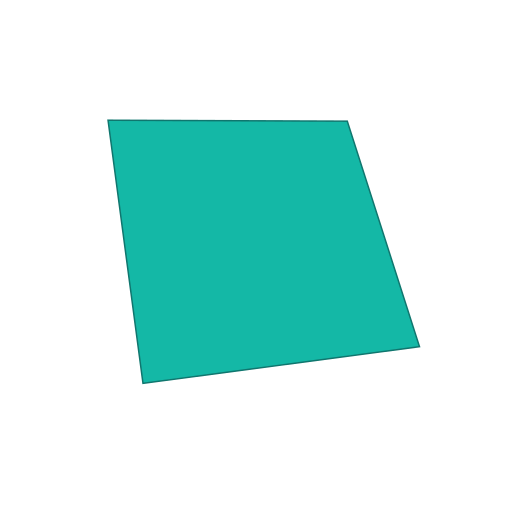 47, Ad Dawhah, Qatar (Albers equal-area conic projection), rotated 199°
{"feature_id": "91078587B84345070687923", "entity_name": "47", "entity_type": "district", "adm_level": 2, "iso_a3": "QAT", "parent_name": "Qatar", "parent_adm1": "Ad Dawhah", "projection": "albers", "projection_center": [51.56, 25.239], "detail": "fine", "context": "isolated", "style": "filled", "palette": "teal", "viewbox_px": 512, "rotation_deg": 199, "n_neighbors": 0, "source": "geoboundaries", "source_scale": "gbopen_adm2", "svg_char_len": 253}
<svg xmlns="http://www.w3.org/2000/svg" viewBox="0 0 512 512"><g transform="rotate(199 256 256)"><path d="M213.6,413.2L440.1,336.2L321.4,98.8L316.0,101.5L115.9,201.5L71.9,223.5L213.6,413.2Z" fill="#14b8a6" stroke="#0f766e" stroke-width="1.5"/></g></svg>